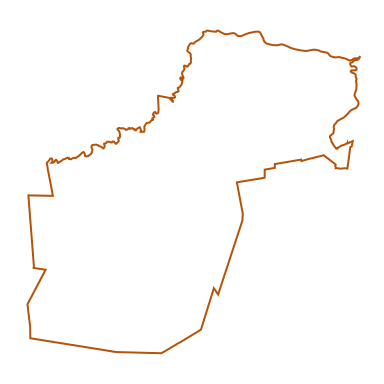 the district of Gómez Farías, Tamaulipas, Mexico, rotated 272°
{"feature_id": "50627088B86207372499551", "entity_name": "Gómez Farías", "entity_type": "district", "adm_level": 2, "iso_a3": "MEX", "parent_name": "Mexico", "parent_adm1": "Tamaulipas", "projection": "robinson", "projection_center": [-99.073, 22.992], "detail": "fine", "context": "isolated", "style": "outline", "palette": "amber", "viewbox_px": 384, "rotation_deg": 272, "n_neighbors": 0, "source": "geoboundaries", "source_scale": "gbopen_adm2", "svg_char_len": 6005}
<svg xmlns="http://www.w3.org/2000/svg" viewBox="0 0 384 384"><g transform="rotate(272 192 192)"><path d="M29.4,121.7L29.8,167.1L40.6,183.9L41.3,185.3L54.8,205.8L96.6,217.2L90.5,221.7L165.4,243.4L168.0,243.4L172.1,243.5L203.2,236.5L208.8,264.1L216.9,263.9L219.0,273.9L222.8,273.8L228.2,300.0L226.7,300.3L228.8,306.6L233.3,322.4L224.6,334.5L224.1,334.7L223.3,334.2L221.4,334.8L220.9,334.8L221.0,335.0L220.5,339.8L221.1,343.9L220.8,346.4L223.9,346.8L242.4,348.6L243.0,350.0L248.4,350.9L246.0,345.7L246.5,345.6L245.9,345.4L245.6,344.3L244.8,343.2L243.4,339.3L242.2,337.8L241.4,336.2L241.3,336.3L240.4,335.9L240.4,335.4L240.3,334.6L241.6,333.6L242.4,332.8L245.9,330.5L246.9,329.7L248.5,329.4L251.4,328.0L252.7,328.0L255.8,331.3L259.3,331.6L260.1,331.6L261.1,331.4L262.6,331.4L263.6,331.6L266.6,333.9L267.9,334.8L269.8,337.7L271.7,341.1L275.3,344.7L275.8,345.0L278.5,347.3L279.7,348.8L281.8,353.0L283.1,354.1L283.9,354.6L285.2,355.1L286.2,355.4L288.5,354.9L290.1,353.4L294.1,351.0L295.4,351.1L300.6,352.7L305.3,352.7L308.7,352.0L310.9,352.6L312.7,351.6L315.0,351.4L315.8,350.6L317.3,346.9L318.1,346.4L318.8,346.6L319.2,347.5L319.3,351.0L319.9,352.1L320.8,352.2L321.2,352.2L321.5,352.1L321.7,351.9L321.9,351.8L322.1,351.6L322.6,350.8L322.8,350.6L323.1,350.3L323.2,350.2L323.3,349.8L323.4,349.0L323.4,348.8L323.2,348.3L323.0,347.9L323.0,347.4L323.0,347.1L323.2,346.8L323.5,346.5L323.7,346.3L323.8,346.2L324.4,346.0L324.9,345.8L325.3,345.7L325.7,345.6L325.9,345.6L326.0,345.6L326.4,345.7L326.5,345.8L326.7,346.0L326.8,346.1L326.9,346.8L327.0,347.3L327.0,347.5L327.3,347.8L327.6,348.0L327.8,348.2L328.1,348.4L328.5,348.8L328.9,349.2L329.2,349.8L329.2,350.1L329.5,350.8L329.6,351.3L329.7,352.0L329.8,352.4L329.9,352.8L330.2,353.4L330.4,353.8L330.6,353.9L331.0,354.2L331.9,354.6L332.3,354.9L332.8,355.1L333.5,355.2L333.7,355.3L332.1,354.2L331.5,353.2L331.3,351.8L331.3,349.9L330.8,348.8L329.6,347.3L328.9,345.1L329.6,343.0L330.4,341.9L332.0,334.5L331.5,330.5L331.8,328.5L332.4,326.2L333.2,324.9L335.1,323.4L335.7,322.8L336.0,321.8L337.0,315.4L338.0,313.7L338.5,309.8L338.4,308.0L336.9,301.4L337.2,296.8L338.2,290.5L339.1,286.8L342.5,278.0L342.7,276.3L341.6,271.8L341.6,267.4L343.0,261.2L344.6,259.2L346.4,258.2L347.9,258.0L350.0,256.6L353.4,254.8L354.1,254.1L354.6,252.6L354.3,249.1L352.8,243.3L351.3,239.3L349.8,236.3L349.4,234.8L349.5,232.4L351.7,229.7L352.2,228.3L352.2,226.9L351.0,221.9L351.0,221.3L350.9,220.2L351.0,219.1L351.9,216.9L352.8,214.9L354.3,212.6L353.8,211.0L353.0,210.3L353.2,207.1L353.2,206.0L353.3,205.3L353.6,203.2L353.9,202.3L353.9,201.6L353.5,200.9L352.7,200.3L352.7,198.7L352.6,198.2L352.3,197.6L351.8,197.4L351.1,197.5L349.9,198.1L349.3,197.9L347.9,197.1L345.3,194.7L344.6,194.0L342.0,189.8L340.5,188.7L340.3,187.6L340.7,186.1L340.2,185.1L337.4,183.5L337.0,183.1L336.6,183.0L335.4,183.1L334.4,182.6L333.7,182.4L333.3,182.3L333.1,182.4L332.7,182.5L331.7,183.5L331.1,184.6L330.2,185.5L329.4,186.0L328.2,185.9L327.7,185.9L326.0,186.4L325.0,186.5L323.2,186.2L322.6,186.3L322.2,186.4L321.7,186.4L321.4,186.4L320.8,186.2L320.2,185.7L320.1,185.0L318.0,183.7L317.2,183.2L317.1,182.8L317.2,182.3L317.8,181.4L318.1,179.9L317.6,179.6L315.0,180.1L314.5,180.1L313.3,179.5L311.3,178.0L309.9,178.0L308.5,178.3L308.1,178.5L306.2,179.6L305.0,179.3L305.0,178.7L305.9,177.6L306.2,176.9L305.8,176.4L304.9,176.3L304.4,176.5L303.4,177.4L303.0,178.6L301.9,178.6L301.0,178.1L299.9,178.1L298.6,177.5L296.0,175.6L295.5,174.2L294.6,174.2L292.4,175.1L291.7,174.5L291.1,172.2L290.0,171.1L289.6,170.1L289.2,169.6L288.8,169.5L288.3,169.9L288.2,170.3L287.9,170.8L287.3,171.4L286.8,171.6L286.1,171.7L285.6,171.0L285.4,170.4L285.3,169.9L285.5,168.4L285.5,167.8L285.2,167.4L284.7,167.2L284.2,167.3L283.9,167.6L283.5,168.5L283.4,169.1L282.4,169.8L281.6,169.7L281.8,169.2L282.8,168.6L283.8,167.3L284.2,166.9L285.1,167.0L287.0,154.8L285.8,154.7L273.0,155.8L270.2,155.4L269.7,155.1L269.4,154.9L269.1,153.5L269.5,153.0L270.6,152.5L270.6,152.1L270.4,151.6L270.0,151.3L269.6,150.8L268.4,150.4L267.6,150.3L267.2,151.2L266.2,151.7L265.7,151.7L265.4,151.5L264.7,150.3L264.2,149.8L263.3,150.6L262.5,150.2L262.5,149.4L262.0,148.7L260.2,147.6L259.8,146.8L259.5,144.6L259.1,144.0L258.5,143.5L256.9,142.7L255.3,142.0L254.6,142.2L252.8,142.4L250.9,142.2L250.6,142.0L250.5,140.5L250.1,138.9L250.2,138.5L250.6,138.6L251.3,139.1L253.5,138.2L254.8,137.7L254.8,137.2L253.7,135.4L253.4,135.0L251.7,133.8L251.6,133.2L252.4,132.8L252.9,132.4L252.8,132.1L252.6,131.4L253.7,130.4L253.7,129.5L253.6,129.0L252.9,127.9L253.0,127.5L253.7,127.1L253.6,126.8L253.5,126.3L252.5,125.7L252.2,125.0L251.8,123.7L252.5,123.2L252.9,122.5L253.1,121.3L253.4,120.4L253.2,120.1L252.9,119.0L253.2,118.4L253.5,117.2L253.1,115.9L252.5,115.3L251.8,115.4L250.6,116.8L249.1,117.5L246.4,118.1L244.2,118.0L243.8,117.8L243.7,117.5L243.8,116.9L243.2,116.3L242.4,116.4L241.8,116.7L240.9,117.0L240.4,117.0L238.9,115.9L238.3,114.9L237.7,114.7L237.5,114.2L238.1,113.5L239.4,112.5L239.7,111.9L239.7,110.9L238.8,110.2L238.6,109.5L238.9,109.0L239.2,107.9L239.4,106.6L239.2,105.3L237.6,104.1L237.3,102.5L236.9,102.4L236.4,102.5L235.5,103.1L233.6,102.9L232.5,102.1L232.9,101.0L234.1,99.8L234.6,97.3L235.3,96.9L236.0,94.7L235.6,91.4L235.2,90.4L234.2,90.0L232.9,90.0L230.9,91.0L228.2,90.7L226.5,89.7L224.8,87.6L224.1,86.5L223.9,85.7L224.3,83.9L226.7,83.3L227.9,82.6L228.2,82.1L227.8,81.5L226.7,80.1L225.7,79.2L225.3,78.8L224.5,78.1L223.7,77.2L223.0,76.0L222.3,75.3L222.0,74.8L221.8,74.0L222.1,73.5L222.0,72.8L221.7,72.2L221.3,71.0L220.5,70.0L220.7,69.0L220.7,68.0L221.9,67.7L221.9,66.6L221.6,65.6L220.9,64.4L220.6,63.8L220.1,62.2L219.0,60.9L217.8,59.2L217.0,57.9L216.4,57.4L216.4,56.9L218.8,55.8L219.4,55.0L219.0,54.3L217.2,53.4L216.8,52.6L216.3,51.4L216.3,50.5L217.4,51.5L218.2,51.5L220.2,51.0L220.7,50.4L220.5,49.1L218.9,48.3L217.0,46.8L216.6,46.2L215.5,45.8L215.4,45.9L214.1,46.2L212.3,46.7L208.3,47.3L208.2,47.4L207.2,47.7L183.3,53.1L182.9,28.6L112.2,36.6L110.6,36.3L109.2,48.4L74.1,31.5L60.8,33.5L51.6,35.0L40.2,35.5L29.4,121.7Z" fill="none" stroke="#b45309" stroke-width="2"/></g></svg>